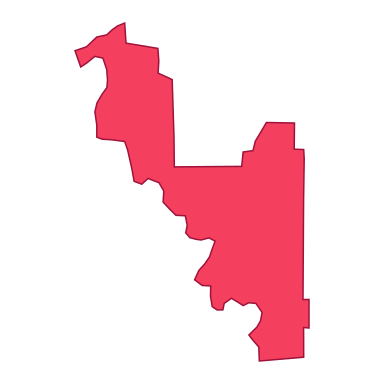 the district of Travesseiro, Rio Grande do Sul, Brazil
{"feature_id": "56859067B26853179504026", "entity_name": "Travesseiro", "entity_type": "district", "adm_level": 2, "iso_a3": "BRA", "parent_name": "Brazil", "parent_adm1": "Rio Grande do Sul", "projection": "equal_earth", "projection_center": [-52.102, -29.282], "detail": "fine", "context": "isolated", "style": "filled", "palette": "rose", "viewbox_px": 384, "rotation_deg": 0, "n_neighbors": 0, "source": "geoboundaries", "source_scale": "gbopen_adm2", "svg_char_len": 1170}
<svg xmlns="http://www.w3.org/2000/svg" viewBox="0 0 384 384"><path d="M309.0,299.5L303.0,299.5L303.6,199.6L304.2,158.8L303.7,149.5L294.2,149.2L294.5,123.0L266.4,122.5L260.9,131.9L255.3,141.2L253.0,150.6L243.1,152.0L241.7,166.4L210.8,166.6L174.3,166.9L174.0,137.6L172.2,79.6L158.1,73.1L158.8,61.0L157.9,48.4L126.0,43.1L124.7,23.0L117.5,26.0L112.5,29.5L106.7,34.9L96.8,37.0L86.5,46.8L75.0,50.7L80.7,67.0L87.0,62.8L94.9,56.4L102.9,58.1L106.7,69.5L107.5,80.0L106.9,87.5L102.3,93.9L97.0,102.9L94.9,111.9L96.8,125.2L96.8,137.2L102.1,139.2L111.7,139.8L124.7,141.5L127.6,149.9L131.9,168.9L134.1,181.3L141.8,184.2L148.0,178.5L159.0,182.7L163.8,191.1L163.1,202.1L169.8,209.3L175.9,215.3L185.3,215.8L187.2,225.4L185.7,232.9L189.9,237.7L196.0,239.3L201.1,240.0L208.9,237.9L215.1,241.1L211.9,249.8L209.5,256.9L204.9,263.7L198.9,270.4L194.6,279.8L202.2,285.5L210.7,285.9L210.5,296.2L212.2,306.6L217.0,309.9L222.9,309.9L224.2,303.4L231.4,298.3L237.6,302.0L243.2,305.6L248.7,302.8L255.9,303.4L262.1,312.4L260.5,320.9L256.9,327.1L248.9,335.0L252.4,339.6L258.8,347.0L259.3,361.0L303.7,357.2L303.6,327.5L309.0,328.0L309.0,299.5Z" fill="#f43f5e" stroke="#9f1239" stroke-width="1.5"/></svg>